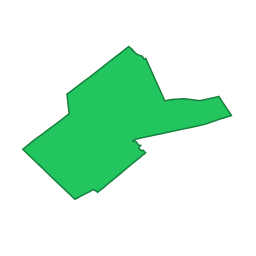 Salciile, Prahova, Romania, rotated 11°
{"feature_id": "2599482B44687697697875", "entity_name": "Salciile", "entity_type": "district", "adm_level": 2, "iso_a3": "ROU", "parent_name": "Romania", "parent_adm1": "Prahova", "projection": "equal_earth", "projection_center": [26.525, 44.832], "detail": "fine", "context": "isolated", "style": "filled", "palette": "green", "viewbox_px": 256, "rotation_deg": 11, "n_neighbors": 0, "source": "geoboundaries", "source_scale": "gbopen_adm2", "svg_char_len": 4676}
<svg xmlns="http://www.w3.org/2000/svg" viewBox="0 0 256 256"><g transform="rotate(11 128 128)"><path d="M89.5,208.1L90.8,207.1L97.4,201.7L102.7,197.6L104.9,195.7L105.4,195.2L105.5,195.2L105.8,195.2L106.0,195.2L106.5,195.4L107.1,195.6L107.7,195.8L108.2,195.9L108.7,196.0L109.5,196.4L110.2,196.7L110.4,196.9L111.0,196.1L112.0,195.1L113.5,193.2L114.1,192.7L115.4,191.2L116.5,189.8L117.3,188.8L117.9,188.0L119.5,186.0L121.9,183.2L124.0,180.6L125.4,179.0L126.5,177.6L127.1,176.9L128.9,174.7L130.6,172.6L131.2,171.8L131.3,171.7L131.6,171.2L132.2,170.4L133.0,169.5L134.5,167.6L135.3,166.7L136.1,165.7L136.9,164.7L137.1,164.4L137.9,163.4L139.0,162.1L140.5,160.4L144.0,156.2L146.1,153.7L147.5,151.9L148.3,150.9L148.5,150.8L148.7,150.5L148.9,150.4L149.2,150.3L149.5,149.6L149.9,148.7L149.5,148.6L149.1,148.4L147.2,146.9L146.9,146.9L146.8,147.1L146.6,147.4L146.3,147.5L145.7,147.5L145.1,147.3L144.6,147.0L143.8,146.6L142.8,146.2L142.6,146.1L142.5,145.8L142.6,145.4L142.7,144.8L142.9,143.9L142.9,143.7L143.1,143.3L143.6,143.0L144.0,142.7L143.9,142.5L143.6,142.6L143.3,142.8L142.8,142.9L142.6,142.9L142.4,142.9L141.9,142.8L141.3,142.6L140.9,142.2L140.6,141.7L140.0,141.2L139.2,140.5L138.2,139.7L137.9,139.6L137.0,139.8L135.7,140.1L135.3,140.1L135.1,139.8L135.3,139.4L135.9,138.9L137.2,137.9L137.3,137.7L138.7,137.1L140.1,136.5L140.8,136.1L144.6,134.5L146.2,133.8L149.3,132.5L151.1,131.8L154.0,130.5L158.8,128.5L162.9,126.8L165.4,125.7L168.4,124.4L181.9,118.6L184.8,117.4L187.0,116.5L190.8,115.0L194.6,113.3L197.2,112.1L198.6,111.5L199.0,111.3L200.0,110.8L201.7,110.1L203.4,109.3L204.9,108.5L205.2,108.3L205.9,107.9L207.2,107.1L216.9,101.5L218.7,100.5L219.6,100.1L220.1,99.9L221.4,99.2L227.1,96.1L227.2,95.9L227.0,95.7L226.6,95.3L225.8,94.6L224.0,92.7L222.1,90.9L220.3,89.0L218.4,87.1L217.0,85.8L215.8,84.5L214.9,83.6L214.4,83.0L214.2,82.9L214.0,82.7L213.9,82.5L213.8,82.4L212.9,81.4L212.2,80.8L211.2,79.9L211.1,79.7L210.3,80.1L207.6,81.3L205.8,82.1L204.8,82.5L204.4,82.7L203.0,83.3L202.0,83.8L201.2,84.1L200.6,84.3L199.6,84.8L198.9,85.1L196.1,86.3L195.4,86.6L195.0,86.7L194.7,86.8L194.1,87.1L193.8,87.3L193.4,87.4L193.1,87.5L192.9,87.5L192.6,87.5L192.2,87.5L191.9,87.5L191.7,87.5L191.2,87.6L190.3,87.7L189.8,87.7L189.5,87.8L189.1,87.8L188.7,87.8L188.0,87.9L187.6,87.9L187.4,87.9L186.9,87.9L186.4,87.9L186.1,87.9L185.7,88.0L185.3,88.0L184.9,88.0L184.6,88.1L184.3,88.1L183.9,88.1L183.7,88.1L183.3,88.1L183.0,88.1L182.6,88.2L182.3,88.2L181.9,88.2L181.5,88.2L180.8,88.3L180.4,88.4L180.0,88.4L179.7,88.4L179.6,88.5L179.3,88.4L179.1,88.4L178.8,88.5L178.6,88.5L178.3,88.5L178.0,88.6L177.4,88.7L177.1,88.7L176.6,88.8L176.0,88.9L175.8,89.0L175.4,89.1L174.9,89.2L174.5,89.3L172.9,89.8L172.3,89.9L171.5,90.2L170.7,90.3L170.0,90.5L169.3,90.7L169.0,90.7L167.8,91.1L166.5,91.4L165.7,91.6L165.0,91.9L164.5,92.1L163.1,92.6L161.3,93.3L160.4,93.7L159.7,94.0L159.2,94.2L158.9,94.3L158.8,94.2L158.6,94.0L155.9,89.9L154.1,87.5L152.9,85.8L152.0,84.5L151.4,83.5L151.3,83.4L151.2,83.3L151.1,83.2L150.8,82.7L149.6,81.1L147.4,78.0L145.7,75.7L144.4,73.8L143.3,72.2L141.7,69.9L139.8,67.2L138.5,65.4L138.4,65.2L136.3,62.2L135.0,60.4L133.1,57.7L132.2,56.3L130.7,57.4L129.7,56.3L128.7,55.3L128.7,55.2L128.1,55.0L127.7,54.7L127.2,54.5L126.8,54.6L126.5,54.6L126.0,54.6L125.8,54.7L125.6,54.7L125.4,54.6L125.2,54.6L124.9,54.5L124.6,54.4L124.3,54.3L123.7,54.2L123.3,54.0L122.9,53.8L122.4,53.6L121.9,53.4L121.7,53.3L121.3,53.2L121.1,53.1L120.9,53.0L120.7,52.9L120.5,52.7L120.4,52.6L120.3,52.4L120.2,52.3L119.9,52.2L119.7,52.0L119.5,51.9L119.3,51.9L119.1,51.8L118.9,51.8L118.7,51.7L118.3,51.6L118.2,51.6L117.9,51.4L117.8,51.2L118.0,51.0L118.0,50.9L118.1,50.7L117.9,50.6L117.5,50.4L117.2,50.1L116.7,49.8L116.5,49.7L116.2,49.5L116.0,49.4L115.9,49.4L115.6,49.3L115.4,49.1L115.0,49.0L114.6,48.7L114.4,48.6L114.1,48.5L114.0,48.4L113.8,48.3L113.6,48.2L113.4,47.9L113.2,47.9L112.7,48.5L112.4,48.8L112.0,49.2L111.5,49.8L108.0,53.9L97.0,66.4L83.3,82.3L82.7,83.0L82.3,83.5L81.8,84.0L80.9,85.1L79.5,86.7L78.6,87.5L77.9,88.3L77.3,88.9L75.7,90.6L75.0,91.4L73.9,92.8L72.8,94.0L72.1,94.8L71.6,95.3L70.8,96.2L70.0,97.1L69.4,97.8L68.9,98.3L66.6,100.9L64.0,103.8L62.6,105.4L61.6,106.4L63.7,113.0L64.9,116.9L65.3,118.2L65.5,118.7L65.9,120.1L66.3,121.4L66.8,122.8L67.0,123.7L67.4,125.0L67.6,125.6L66.7,126.1L66.2,126.8L65.3,127.8L61.9,131.7L60.7,133.0L60.2,133.6L54.4,140.1L53.8,140.7L50.9,143.8L49.3,145.6L48.0,147.0L47.3,147.9L45.4,150.0L43.0,152.6L42.0,153.6L40.6,155.1L39.6,156.2L38.7,157.1L38.0,157.9L28.8,169.0L33.4,172.0L36.8,174.2L41.5,177.2L47.1,180.9L49.9,182.6L50.7,183.1L51.3,183.5L54.0,185.3L56.0,186.6L63.4,191.5L64.9,192.4L85.0,205.2L87.7,207.0L88.2,207.3L89.5,208.1Z" fill="#22c55e" stroke="#15803d" stroke-width="1.5"/></g></svg>